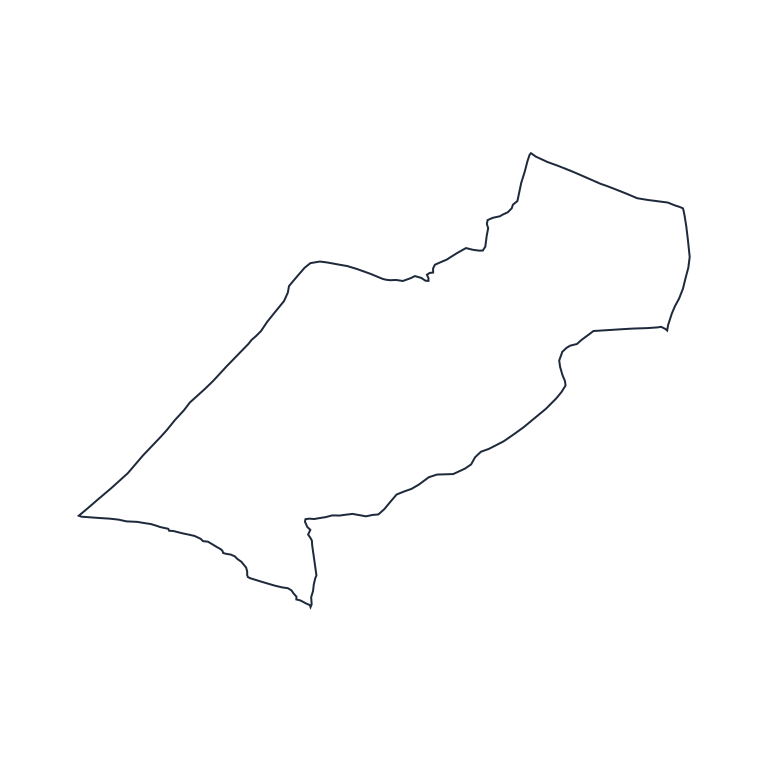 Barclayville, Grand Kru, Liberia, rotated 354°
{"feature_id": "62588387B34130334496008", "entity_name": "Barclayville", "entity_type": "district", "adm_level": 2, "iso_a3": "LBR", "parent_name": "Liberia", "parent_adm1": "Grand Kru", "projection": "mercator", "projection_center": [-8.19, 4.713], "detail": "fine", "context": "isolated", "style": "outline", "palette": "slate", "viewbox_px": 768, "rotation_deg": 354, "n_neighbors": 0, "source": "geoboundaries", "source_scale": "gbopen_adm2", "svg_char_len": 3122}
<svg xmlns="http://www.w3.org/2000/svg" viewBox="0 0 768 768"><g transform="rotate(354 384 384)"><path d="M66.7,483.1L69.1,484.3L80.2,486.3L86.8,487.5L96.9,489.2L105.7,491.1L113.5,493.7L124.1,495.3L130.9,497.2L137.5,498.9L142.7,501.1L146.3,502.8L151.1,504.4L153.6,505.2L154.3,505.5L155.0,507.5L158.9,508.1L167.3,511.2L174.1,513.4L179.7,515.3L185.5,518.8L187.6,521.4L188.2,521.5L192.4,522.4L196.3,525.3L200.5,528.5L204.6,531.4L205.9,533.1L206.4,535.3L209.3,536.4L213.7,537.6L217.6,539.8L220.0,542.8L223.7,546.0L225.4,548.7L227.7,552.2L228.3,556.0L228.2,557.7L227.9,559.7L228.5,561.8L230.5,563.1L234.7,564.9L241.9,568.0L246.7,570.0L254.5,573.2L261.7,575.7L267.0,577.0L270.4,579.6L272.2,582.9L274.7,586.4L274.3,589.1L278.4,590.6L283.4,594.0L287.1,596.1L287.6,598.2L289.0,595.6L289.3,588.3L291.7,582.7L292.3,580.2L293.2,576.1L295.2,570.3L296.8,567.2L295.7,536.5L295.8,534.7L295.9,532.2L294.6,529.1L292.8,525.8L295.5,521.3L292.8,518.2L291.0,512.7L291.8,510.2L295.6,510.1L300.6,511.0L305.8,510.6L312.2,510.3L318.3,509.3L321.8,509.6L325.7,510.2L332.5,510.0L339.1,509.9L347.4,512.3L352.2,513.7L359.4,513.0L362.8,513.1L364.8,513.1L371.1,508.6L379.3,500.6L385.0,495.2L393.1,492.9L400.3,491.2L408.1,487.7L418.8,481.4L427.2,479.6L436.7,480.3L443.3,480.8L444.0,480.6L448.7,479.0L455.7,476.6L462.2,473.1L463.2,471.7L466.8,466.5L473.3,461.5L481.5,459.5L497.0,453.5L503.8,449.8L508.9,447.0L518.3,441.6L542.4,425.6L553.6,416.5L557.2,413.0L559.7,410.5L564.4,404.5L564.3,400.1L562.4,393.7L560.9,385.3L560.7,378.9L564.3,371.5L564.6,370.7L569.3,367.1L573.3,365.3L580.0,364.4L585.2,360.7L593.9,355.6L597.8,353.2L624.2,354.3L635.6,354.8L639.0,355.0L651.2,355.9L661.8,356.3L665.6,356.1L669.6,358.7L671.2,360.4L672.7,355.1L677.0,345.4L677.4,344.4L681.5,337.0L686.4,329.9L691.3,320.4L692.7,316.5L695.3,309.3L698.8,300.2L701.3,289.6L701.3,287.1L701.3,271.8L701.1,258.7L700.5,247.7L700.1,243.4L699.7,240.6L698.9,240.1L696.5,238.8L691.6,236.6L685.2,233.2L677.6,231.4L671.8,230.0L666.2,228.7L657.4,226.3L655.2,225.7L646.0,220.6L632.3,213.4L625.8,210.1L620.4,207.6L608.8,201.0L594.1,192.7L579.3,184.9L575.5,183.1L569.6,180.2L558.7,173.7L554.3,169.8L552.8,171.2L550.0,177.3L546.1,187.7L541.5,198.3L535.8,216.0L531.0,219.1L529.4,222.6L525.0,226.2L520.1,227.8L516.8,229.3L509.6,230.1L504.2,231.8L503.0,235.6L503.9,239.9L501.7,247.1L499.1,258.0L496.2,261.6L492.5,261.3L486.4,259.8L479.7,257.4L470.4,261.4L465.9,263.6L459.3,266.9L453.0,268.8L447.1,270.7L444.9,274.2L444.5,278.3L441.1,278.3L438.1,279.8L439.3,283.4L439.0,286.1L436.0,285.6L432.2,282.4L426.0,279.9L421.7,281.5L413.6,283.5L411.9,283.1L407.0,281.8L400.8,281.4L396.9,280.5L393.8,279.4L381.8,272.9L369.1,266.8L359.9,262.9L350.8,260.3L340.2,257.2L333.0,255.5L323.5,256.1L322.8,256.5L317.2,260.1L309.6,267.2L299.8,276.6L297.9,283.1L293.2,291.1L282.6,301.6L274.3,310.0L267.2,318.5L261.8,322.9L256.9,326.3L253.2,330.1L245.0,336.9L228.7,350.5L222.6,355.9L213.9,363.5L208.5,367.7L205.6,370.0L189.0,382.1L182.3,389.2L172.3,398.0L166.9,403.4L163.2,407.1L157.0,412.7L144.9,423.0L137.0,429.7L119.8,446.0L101.4,459.4L87.6,468.8L74.6,477.8L66.7,483.1Z" fill="none" stroke="#1e293b" stroke-width="2"/></g></svg>